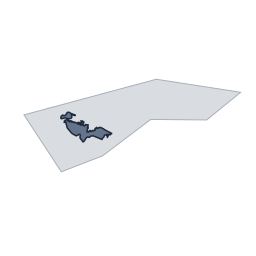 Central 1 Mahe, Seychelles (highlighted), rotated 280°
{"feature_id": "34574756B27990728867894", "entity_name": "Central 1 Mahe", "entity_type": "district", "adm_level": 2, "iso_a3": "SYC", "parent_name": "Seychelles", "parent_adm1": "", "projection": "equal_earth", "projection_center": [55.458, -4.627], "detail": "fine", "context": "in_parent", "style": "filled", "palette": "slate", "viewbox_px": 256, "rotation_deg": 280, "n_neighbors": 0, "source": "geoboundaries", "source_scale": "gbopen_adm2", "svg_char_len": 4734}
<svg xmlns="http://www.w3.org/2000/svg" viewBox="0 0 256 256"><g transform="rotate(280 128 128)"><path d="M180.9,147.3L182.7,232.7L149.6,204.1L140.4,148.9L96.2,107.8L73.3,69.9L122.9,23.3L180.9,147.3Z" fill="#d9dde1" stroke="#a8b0b8" stroke-width="1"/><path d="M126.1,66.4L125.8,66.2L125.6,66.0L125.3,65.9L124.7,64.9L124.7,64.7L124.4,64.7L123.9,64.2L123.8,64.3L123.5,64.8L123.3,64.9L123.0,64.9L122.9,64.8L122.6,64.3L122.5,64.5L122.6,65.0L123.0,65.3L123.0,65.7L122.9,65.9L122.7,66.0L122.5,65.8L121.8,66.2L120.6,66.7L119.7,67.2L118.2,67.8L117.3,68.4L113.2,73.3L112.9,73.9L112.4,75.1L112.0,76.1L111.8,76.7L111.4,78.0L111.3,78.4L111.5,78.7L111.8,79.1L112.2,79.8L112.5,80.2L113.0,80.4L113.0,80.5L113.1,80.9L113.3,81.6L113.1,81.6L112.8,81.9L112.5,82.3L112.2,82.3L111.8,82.3L111.2,82.3L110.7,82.3L110.2,82.5L109.7,82.6L106.5,86.1L107.2,87.0L111.0,88.6L111.1,88.8L112.0,89.5L112.1,91.6L112.5,91.8L113.5,92.7L113.7,93.4L114.2,95.0L112.8,101.8L112.5,102.8L112.2,104.3L112.5,104.5L113.1,104.4L113.5,104.6L114.0,105.1L114.5,105.6L115.1,105.8L115.6,105.9L115.9,106.0L116.8,106.1L116.9,106.3L117.2,106.9L117.4,107.7L117.8,108.0L117.6,108.2L117.7,108.4L117.3,108.3L116.9,108.3L116.6,108.7L115.3,109.3L115.5,109.5L116.2,109.7L116.5,109.5L117.0,109.8L117.5,110.0L117.8,109.8L118.0,109.8L118.0,110.2L118.1,110.5L118.5,110.7L118.5,110.9L118.3,111.0L118.1,111.5L118.4,111.9L118.4,112.0L118.5,111.8L118.4,111.7L118.4,111.4L118.7,111.5L118.8,111.8L119.2,112.3L119.3,112.7L119.9,112.8L120.8,110.0L120.9,109.3L121.2,108.6L121.3,108.1L121.5,107.6L121.8,106.7L122.2,105.6L122.2,105.3L122.7,104.4L122.9,104.2L123.0,103.5L123.1,103.4L123.3,103.0L123.5,101.8L123.8,101.2L123.8,100.6L123.6,100.6L123.6,100.3L123.4,99.9L123.3,99.1L123.1,98.8L122.9,99.0L122.8,98.8L122.7,98.5L122.6,98.3L122.5,98.0L122.3,97.7L122.5,97.5L122.5,97.4L122.5,97.1L122.4,97.0L122.2,96.9L122.1,96.7L122.5,96.8L122.6,97.0L122.9,96.9L122.6,96.6L122.4,96.3L122.2,96.1L121.6,95.7L121.3,95.9L120.8,95.6L120.6,96.0L120.2,95.8L120.1,95.7L119.9,95.6L119.7,95.6L119.3,94.3L119.4,94.1L119.4,93.9L119.4,93.5L119.4,93.3L119.1,93.1L118.9,93.3L118.8,93.2L118.7,93.2L118.7,92.8L118.6,92.7L118.3,92.4L118.1,92.1L118.1,91.9L118.3,91.7L118.9,91.3L119.0,91.2L118.9,90.9L118.6,90.7L118.3,90.2L118.2,90.1L117.9,90.0L117.6,89.8L117.4,90.0L117.2,89.9L117.1,89.7L117.3,89.4L117.3,88.9L117.0,88.6L118.1,88.3L118.2,88.2L118.4,88.2L118.5,88.2L118.8,88.2L119.2,88.2L119.3,88.1L119.6,88.1L120.1,88.4L120.3,88.5L120.4,88.4L120.6,88.6L121.1,88.8L121.3,88.8L121.4,88.7L121.5,88.5L121.4,88.4L121.5,88.3L121.8,88.3L121.8,88.1L122.0,88.2L122.3,88.3L122.4,88.2L122.8,88.3L123.0,88.2L123.3,87.9L123.8,88.2L124.1,88.2L124.0,85.7L123.8,85.8L123.5,85.7L123.1,85.4L122.8,84.9L122.7,84.9L122.8,84.9L122.8,84.6L123.0,84.3L123.0,84.2L122.9,84.2L123.0,84.1L122.8,84.2L122.7,84.2L122.6,83.8L122.7,83.6L122.9,83.4L123.1,83.2L123.8,83.2L124.0,83.0L124.3,82.9L125.0,83.1L125.3,83.4L125.7,83.4L125.9,83.3L126.0,83.4L126.1,83.5L126.5,83.3L126.7,82.4L126.8,82.3L127.0,81.5L126.9,81.3L126.9,81.0L126.7,81.2L126.3,81.0L126.2,81.1L125.8,81.3L125.6,81.5L125.0,80.8L124.9,80.6L125.0,80.3L125.2,80.2L124.7,79.6L124.6,79.4L125.0,78.8L125.0,78.2L124.9,78.0L124.4,77.7L124.2,77.7L124.1,77.8L123.9,78.1L123.8,79.3L123.7,82.0L123.6,82.3L123.3,82.3L123.3,82.2L123.6,82.2L123.6,81.9L123.5,81.7L123.4,81.7L123.2,81.6L123.4,81.5L123.4,80.1L123.2,80.1L123.3,80.0L123.3,79.0L123.2,79.0L123.2,78.9L123.3,78.9L123.3,77.6L124.0,76.5L124.3,75.8L124.4,75.3L124.4,75.2L124.1,75.2L124.0,74.9L124.0,74.5L124.3,74.4L124.5,73.8L124.5,73.4L124.2,73.4L124.1,73.2L124.5,73.1L124.5,72.7L124.7,72.2L124.4,72.1L124.4,71.8L124.5,71.7L124.4,71.6L124.5,71.5L124.4,71.4L124.8,71.2L124.8,70.9L125.0,70.7L125.0,70.8L125.1,70.7L124.9,70.5L124.8,70.4L124.7,70.3L124.8,70.3L124.8,70.2L124.6,70.1L124.8,70.0L124.9,69.9L124.7,69.7L124.8,69.7L124.7,69.5L124.5,69.4L124.7,69.2L124.8,68.8L124.7,68.7L124.6,68.4L124.8,68.5L124.8,68.3L124.9,68.2L125.1,68.1L125.2,67.9L125.2,67.7L125.1,67.4L125.2,67.1L125.3,67.0L125.6,67.4L126.0,67.0L125.9,66.9L126.1,66.4ZM132.4,65.3L130.0,64.3L129.8,64.2L129.6,64.0L129.4,63.7L129.2,63.3L129.2,62.9L129.2,62.5L129.3,61.8L129.3,61.5L129.3,61.3L129.2,61.2L128.1,60.3L127.9,60.2L127.6,60.1L126.3,60.1L126.1,60.2L125.9,60.3L125.7,60.5L125.6,60.9L125.7,61.3L126.9,63.8L127.0,64.3L127.0,64.9L126.7,67.8L126.7,68.4L126.9,68.7L127.4,69.7L127.6,70.1L128.0,70.5L128.4,70.7L128.6,70.7L129.0,70.8L129.6,70.7L130.7,70.1L131.0,70.0L131.3,70.1L131.7,70.4L131.7,70.5L131.8,70.7L131.7,70.8L131.5,71.1L131.3,71.4L131.2,71.7L131.1,72.3L131.2,72.9L131.0,73.4L131.0,73.6L131.1,73.8L131.3,73.9L131.6,73.7L131.7,73.4L132.2,70.4L132.7,68.6L133.1,67.5L133.2,67.3L133.2,66.7L133.1,66.4L133.0,66.0L132.8,65.6L132.4,65.3Z" fill="#64748b" stroke="#1e293b" stroke-width="1.5"/></g></svg>